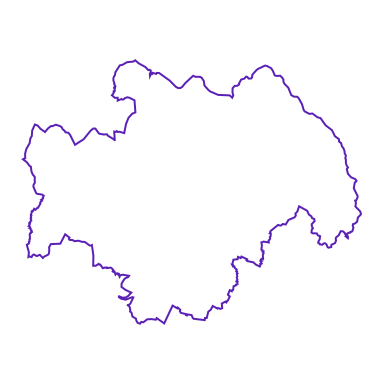 Pluak Daeng, Rayong, Thailand
{"feature_id": "78962969B8046097083868", "entity_name": "Pluak Daeng", "entity_type": "district", "adm_level": 2, "iso_a3": "THA", "parent_name": "Thailand", "parent_adm1": "Rayong", "projection": "natural_earth1", "projection_center": [101.223, 12.976], "detail": "fine", "context": "isolated", "style": "outline", "palette": "violet", "viewbox_px": 384, "rotation_deg": 0, "n_neighbors": 0, "source": "geoboundaries", "source_scale": "gbopen_adm2", "svg_char_len": 5914}
<svg xmlns="http://www.w3.org/2000/svg" viewBox="0 0 384 384"><path d="M356.2,200.4L357.6,197.4L357.6,196.0L353.8,188.3L354.8,182.4L356.3,181.4L356.5,180.6L355.0,179.0L351.1,177.3L347.9,173.7L346.8,169.1L348.0,167.5L346.8,165.9L345.9,163.1L345.9,159.5L345.3,158.4L345.9,155.6L344.7,153.4L344.5,151.0L343.5,148.4L341.9,146.2L341.1,143.1L339.1,141.6L338.9,139.1L335.0,136.3L332.0,130.2L325.6,125.3L320.5,118.1L317.5,117.3L312.4,113.5L309.4,113.9L304.7,111.4L303.7,110.0L302.0,104.2L298.8,98.4L297.3,96.8L293.8,96.6L291.2,95.0L288.3,87.7L284.4,83.7L283.6,82.2L283.3,79.3L281.8,77.2L280.1,75.7L276.7,76.0L274.7,75.3L272.8,70.7L271.2,68.3L267.0,66.0L265.0,65.6L257.7,69.1L255.9,70.7L252.4,74.7L251.9,77.7L251.1,78.5L248.6,78.6L247.4,77.0L246.1,76.6L244.5,78.5L241.1,79.6L238.9,83.8L239.1,84.5L237.0,85.9L234.7,85.9L232.6,88.2L232.5,92.5L233.3,95.3L232.2,97.7L229.8,95.4L218.2,94.9L210.5,91.6L208.7,90.3L204.5,85.6L203.8,81.0L201.7,77.8L200.0,76.8L195.3,76.8L193.1,75.8L185.3,83.1L182.1,87.0L180.2,88.1L177.9,88.0L175.7,86.7L169.7,80.6L159.1,73.0L156.7,72.9L156.1,73.9L152.5,72.8L152.1,74.1L150.8,74.2L150.0,76.0L149.8,73.8L150.7,72.0L150.7,70.4L149.3,69.8L148.3,70.1L145.5,67.1L138.8,63.4L135.2,60.3L133.2,61.6L127.0,62.2L122.7,64.7L119.8,65.4L115.4,72.2L114.9,75.3L114.0,76.4L113.4,78.3L113.4,80.5L114.4,83.2L114.1,83.9L115.4,86.3L115.1,87.4L114.4,87.1L114.0,87.9L114.8,88.6L114.7,91.2L114.4,91.6L113.7,91.3L113.3,93.8L111.9,95.2L114.8,97.8L117.7,97.8L117.7,100.6L121.5,99.0L122.3,99.6L123.6,99.4L124.9,98.1L127.4,97.3L129.5,97.8L134.5,100.3L135.4,112.4L132.2,113.7L128.5,117.8L126.0,124.1L124.2,133.1L119.6,131.8L117.5,131.9L116.8,131.1L115.9,131.9L114.2,131.6L114.8,140.8L114.0,139.4L107.9,135.7L107.0,134.3L103.5,134.5L99.0,133.6L95.4,128.6L93.3,128.5L90.6,130.7L83.7,139.2L75.0,144.8L70.1,134.9L68.4,132.8L65.5,132.3L64.6,130.8L62.6,129.2L61.7,127.2L60.0,126.1L55.9,124.7L52.3,126.2L51.1,126.0L48.0,128.4L45.0,132.0L40.5,128.8L37.7,125.6L34.9,124.5L32.2,130.5L31.8,136.0L30.3,138.7L29.7,143.0L26.3,149.1L25.1,153.7L25.2,158.1L23.0,159.3L26.7,162.1L29.8,166.2L30.9,166.7L31.5,171.7L32.8,174.6L34.7,176.8L34.8,182.8L33.6,184.7L33.4,186.7L36.1,193.0L37.1,193.8L42.2,194.6L43.8,195.8L42.8,197.4L43.1,198.5L41.1,199.9L42.0,200.8L40.4,202.1L40.1,203.0L40.4,203.6L38.0,207.8L37.5,207.7L35.4,209.8L34.2,208.8L32.9,211.1L32.5,210.8L31.7,211.3L31.9,211.8L30.9,214.8L31.4,215.6L30.8,216.1L31.2,218.0L30.6,218.4L31.3,220.6L30.6,221.0L30.0,223.3L29.5,222.6L29.2,222.9L29.3,225.8L28.8,226.2L29.7,226.6L30.2,227.7L29.7,228.1L30.6,228.4L30.6,229.8L31.5,230.3L31.9,231.7L31.2,231.6L31.0,233.0L30.2,233.2L29.7,234.3L30.0,238.8L29.4,239.5L29.5,241.5L28.9,241.8L28.9,243.5L26.8,244.8L28.9,252.3L28.4,257.0L29.5,256.4L31.6,257.1L32.6,255.2L33.9,254.5L36.7,256.1L39.8,254.8L42.9,258.0L44.2,256.6L48.1,254.7L48.8,253.8L49.3,250.4L49.1,247.3L50.8,244.1L60.3,243.7L65.2,234.3L69.5,237.6L68.9,238.9L69.6,239.9L72.4,240.0L74.6,241.2L78.4,240.7L81.9,241.8L84.7,241.9L89.7,245.5L91.0,245.6L91.9,245.1L93.4,255.6L93.2,265.8L95.9,265.7L98.6,263.9L98.9,264.5L100.3,264.6L102.8,268.2L104.9,267.5L106.5,268.0L106.9,267.5L107.4,268.1L110.6,267.6L111.4,268.0L113.1,269.7L112.6,271.4L113.3,271.9L114.4,271.4L115.5,274.6L116.8,273.3L118.3,273.5L119.0,274.3L118.4,274.8L118.9,275.3L118.8,274.7L119.1,274.5L119.6,276.5L120.3,275.3L122.5,274.7L129.0,275.8L128.2,277.0L125.1,278.4L124.0,279.6L121.6,283.6L121.5,286.9L125.5,289.9L131.3,292.6L128.3,295.9L125.7,297.5L122.5,297.7L119.1,296.3L118.8,297.0L121.1,298.7L125.7,299.7L132.3,297.1L133.3,297.4L130.4,303.6L128.7,305.0L127.0,305.1L128.6,305.6L129.6,306.8L130.3,310.1L130.0,311.5L131.5,312.6L132.4,316.5L136.0,318.7L136.2,320.3L137.6,322.8L140.0,323.7L141.2,321.9L143.3,322.3L147.2,319.3L151.6,319.1L155.9,319.7L156.7,318.1L164.2,323.4L172.6,305.6L177.2,308.3L177.6,307.5L178.6,308.3L180.3,309.8L179.9,311.3L180.9,312.9L186.1,314.1L185.9,315.0L187.0,315.5L187.6,314.4L191.6,315.1L192.9,318.2L193.8,318.8L204.7,320.1L205.0,318.0L206.7,318.0L208.3,311.7L210.8,309.7L212.7,306.0L217.6,308.6L218.1,308.0L220.4,308.9L222.2,308.2L221.8,303.5L225.1,301.8L226.2,302.4L226.4,301.3L227.1,301.4L228.1,300.1L229.8,296.4L227.9,294.7L229.8,290.2L231.8,291.3L232.2,290.1L233.1,289.9L233.6,286.2L235.8,285.5L235.9,284.7L237.5,284.2L237.3,282.3L236.6,281.8L237.5,281.3L236.8,280.4L237.4,279.6L236.7,277.5L237.3,276.4L236.9,273.9L237.5,273.4L236.8,272.8L237.1,271.5L236.2,271.1L236.7,269.5L234.8,268.0L234.4,266.4L233.6,266.1L233.1,266.5L232.0,264.5L232.8,264.5L232.5,263.6L233.4,259.7L237.6,259.2L238.0,256.9L240.7,258.1L241.4,256.6L247.0,259.2L246.5,260.0L247.3,260.3L247.3,261.1L253.3,262.3L256.0,264.7L259.8,266.5L260.5,264.9L260.2,264.0L261.7,263.5L260.7,261.6L261.6,261.1L260.4,260.7L260.6,260.1L261.5,258.8L263.1,258.9L262.8,254.7L263.6,253.4L263.2,252.9L263.6,251.5L262.4,251.4L262.6,250.3L261.4,249.6L261.9,245.1L261.4,242.4L263.6,241.6L268.8,242.5L268.6,240.4L269.8,239.5L270.2,238.2L269.8,237.3L270.6,236.2L270.8,233.8L269.9,233.4L270.5,232.8L270.1,232.1L270.6,231.0L278.1,224.9L280.1,225.6L281.4,225.3L282.7,224.0L285.7,224.5L288.5,219.9L294.5,217.4L295.8,215.6L295.4,213.6L297.3,211.6L299.1,206.3L307.2,210.8L308.9,214.6L311.4,216.3L312.1,218.2L314.2,218.9L314.6,221.1L311.7,224.2L311.9,226.4L312.9,228.4L311.8,229.5L311.5,232.6L312.6,233.3L316.8,233.4L317.9,235.4L320.1,236.2L319.6,239.5L318.2,242.0L318.4,243.2L319.6,243.5L319.9,244.4L322.4,244.7L323.6,243.5L324.8,243.2L326.4,244.3L327.6,247.1L328.4,247.7L331.2,247.1L331.4,244.8L335.0,243.1L336.0,240.7L335.7,238.6L336.1,237.4L338.7,235.3L340.7,231.2L342.8,231.3L344.8,232.9L344.8,233.7L346.3,234.9L345.5,236.2L347.9,238.2L348.1,237.1L347.5,236.4L347.4,235.2L346.6,234.7L347.0,233.7L348.6,232.8L349.8,232.8L350.2,232.0L351.6,231.8L352.5,230.8L353.4,227.6L352.8,225.9L352.9,224.2L354.8,223.6L357.1,221.7L357.9,217.5L360.5,214.9L361.0,213.9L360.1,211.3L355.5,206.6L355.9,202.8L355.2,200.6L356.2,200.4Z" fill="none" stroke="#5b21b6" stroke-width="2"/></svg>